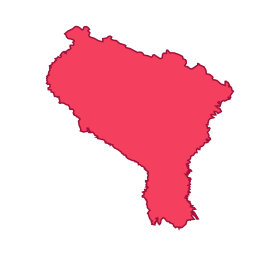 the district of Montenegro, Quindío, Colombia, rotated 106°
{"feature_id": "7082276B37489805673697", "entity_name": "Montenegro", "entity_type": "district", "adm_level": 2, "iso_a3": "COL", "parent_name": "Colombia", "parent_adm1": "Quindío", "projection": "equal_earth", "projection_center": [-75.789, 4.516], "detail": "fine", "context": "isolated", "style": "filled", "palette": "rose", "viewbox_px": 256, "rotation_deg": 106, "n_neighbors": 0, "source": "geoboundaries", "source_scale": "gbopen_adm2", "svg_char_len": 5702}
<svg xmlns="http://www.w3.org/2000/svg" viewBox="0 0 256 256"><g transform="rotate(106 128 128)"><path d="M196.0,35.4L190.6,41.2L190.4,43.3L188.4,43.2L187.4,40.8L186.3,42.6L186.4,45.9L184.9,44.6L184.9,46.7L183.6,46.9L182.8,48.8L182.3,47.9L181.9,48.0L181.5,49.4L181.6,51.1L180.8,51.6L179.7,51.3L179.4,52.0L179.7,53.2L179.4,53.8L178.0,52.1L178.0,53.7L177.5,53.7L177.0,53.2L177.2,52.2L176.1,52.4L175.5,51.2L173.4,52.4L173.2,50.8L172.8,50.5L172.4,50.9L172.4,52.6L171.6,52.6L169.8,51.5L169.1,53.0L167.5,52.2L166.9,52.7L166.5,54.4L165.0,52.6L163.9,53.9L162.3,53.5L161.5,54.9L160.2,55.4L160.8,53.7L160.0,53.4L159.0,54.1L159.1,57.1L157.8,57.9L156.7,60.0L156.3,57.4L155.9,57.5L155.7,58.8L154.3,59.0L154.2,58.2L154.8,57.2L154.4,56.6L153.5,56.6L152.7,58.4L152.2,58.2L151.9,57.0L152.2,55.5L151.9,55.1L151.0,56.2L150.4,59.2L149.7,59.4L148.8,58.4L149.2,59.9L148.9,60.3L148.1,59.3L147.2,59.2L146.8,60.0L147.4,61.4L146.6,61.9L144.1,58.9L143.1,59.3L142.6,61.4L140.5,59.5L137.8,59.8L135.8,57.5L133.2,56.7L132.6,54.9L130.4,56.1L129.0,56.1L128.5,55.5L129.2,54.5L129.0,53.1L126.2,53.4L125.0,51.6L123.7,50.6L121.1,50.4L120.6,48.7L119.7,47.3L118.7,47.5L117.8,49.6L117.2,49.6L116.9,48.2L118.1,46.7L116.0,45.6L115.2,46.1L114.6,48.0L112.5,48.3L110.2,50.5L108.2,49.5L105.7,49.2L105.3,50.0L106.3,51.5L104.7,52.2L103.4,53.5L102.6,52.0L101.4,52.6L100.1,52.3L98.8,52.7L96.3,51.7L94.4,48.4L93.4,51.1L92.4,51.9L91.9,51.2L91.7,48.5L91.2,47.1L90.4,47.5L89.4,49.2L88.3,49.7L88.1,47.1L89.2,45.5L86.4,42.8L84.2,44.8L84.0,46.6L82.7,49.7L81.7,47.3L82.3,46.0L81.5,45.5L80.3,45.5L78.9,48.5L78.1,48.5L77.7,47.8L78.7,45.5L77.0,45.4L76.0,44.6L75.1,43.3L75.4,42.3L73.7,40.7L71.9,37.9L71.4,38.0L71.4,39.7L70.9,40.0L70.2,37.8L68.6,38.6L63.6,36.8L63.1,38.5L60.8,39.6L60.1,40.7L60.5,42.6L59.8,43.0L59.0,42.1L57.0,44.0L56.0,46.7L56.5,47.5L60.3,46.4L60.1,50.9L58.0,55.1L57.8,57.2L58.2,59.5L57.2,60.5L55.9,60.4L55.3,61.0L54.0,64.4L54.4,67.6L50.9,69.1L48.3,71.8L47.7,76.2L46.7,77.8L46.9,78.7L48.3,78.3L53.7,82.9L53.8,85.0L52.6,87.6L53.0,89.8L52.3,90.7L49.8,89.8L47.2,90.7L46.7,91.4L46.2,94.3L44.6,95.0L44.1,95.7L43.4,99.6L43.1,104.2L44.2,108.4L42.3,111.3L42.7,112.3L45.7,111.8L46.2,114.2L46.7,114.7L48.0,115.0L51.1,114.5L52.2,115.6L52.4,116.8L50.4,123.0L50.9,124.0L53.3,124.6L53.5,125.1L53.1,129.2L53.6,132.8L52.0,134.6L51.6,135.8L51.9,137.9L52.8,139.7L51.1,147.9L51.3,152.1L50.4,153.1L49.5,152.8L49.2,153.5L49.0,159.7L47.2,163.1L47.7,166.2L47.4,168.5L46.7,168.9L45.1,168.7L44.6,170.2L45.3,171.8L47.6,173.5L49.1,176.9L51.7,175.9L52.3,178.2L52.2,180.6L51.0,185.9L51.1,188.4L50.7,190.5L49.4,191.2L46.9,190.9L45.6,193.4L43.8,192.2L42.4,194.3L42.1,196.0L42.6,197.5L43.5,198.3L45.5,198.2L46.3,199.0L44.6,203.2L44.6,205.4L45.1,206.7L47.8,208.4L51.6,212.6L54.9,214.8L55.9,212.8L57.3,212.3L58.5,210.2L58.1,206.6L58.7,203.8L59.7,203.6L60.8,204.7L61.7,203.5L63.2,203.1L63.6,203.6L64.4,206.3L65.8,206.2L67.1,204.9L68.9,205.9L69.0,206.8L71.1,208.2L71.8,209.1L72.7,208.1L73.3,208.1L73.4,209.1L72.2,210.6L73.6,212.0L76.8,213.2L77.3,211.9L78.4,212.1L78.9,212.7L78.8,214.8L80.6,215.6L81.4,217.1L82.7,215.6L83.8,216.7L85.1,216.7L86.5,218.9L87.9,218.3L89.9,220.6L90.6,220.2L90.5,218.9L90.8,218.6L92.1,219.8L93.8,219.0L95.8,219.6L98.7,219.3L98.7,218.5L99.1,218.5L99.5,219.5L100.8,220.3L101.4,219.3L102.7,219.9L103.8,219.1L104.8,219.1L106.0,217.8L107.4,218.7L108.2,217.1L107.4,215.8L107.8,214.9L110.3,214.4L111.5,215.8L113.1,215.2L112.6,212.6L114.5,211.8L114.4,209.4L117.8,207.4L117.5,206.1L117.8,204.4L116.9,203.4L117.1,202.7L118.7,202.5L120.8,200.8L122.5,201.3L122.9,200.8L123.0,200.1L122.1,198.8L121.8,196.3L122.6,193.9L122.4,191.6L124.3,189.7L125.8,189.4L125.9,188.0L125.2,186.9L125.6,185.6L126.7,184.6L128.7,184.8L129.2,183.8L130.0,183.9L130.5,183.0L130.6,181.0L131.3,180.5L131.2,179.2L131.8,178.6L132.2,176.9L133.0,176.6L134.9,177.5L138.9,175.6L142.3,172.9L143.9,173.0L144.1,169.6L142.2,166.1L141.0,165.8L139.6,167.3L139.2,166.8L139.2,165.8L140.9,164.7L141.5,163.6L142.8,164.8L143.1,164.5L142.8,162.9L141.8,160.7L142.7,159.0L143.9,158.1L144.4,155.0L145.2,154.6L145.6,155.4L145.7,154.1L146.4,154.1L146.0,148.3L146.5,147.0L148.5,145.6L147.8,144.8L148.5,144.0L148.1,142.6L148.8,141.8L148.2,140.7L149.3,140.3L148.6,139.9L148.4,138.1L149.2,138.1L150.7,135.9L151.4,132.1L152.7,128.4L154.1,126.7L154.2,125.4L155.0,124.8L154.8,122.6L155.3,121.9L156.2,122.0L157.4,119.7L158.0,114.6L157.7,112.4L158.5,111.9L158.1,110.6L158.7,109.4L158.6,108.5L160.4,107.9L159.9,106.2L161.0,104.1L160.8,103.2L161.1,102.1L162.0,100.8L162.7,101.0L163.2,100.0L162.9,99.6L163.6,99.2L164.6,96.5L165.4,96.2L165.9,96.7L166.0,96.2L166.7,96.3L168.4,95.2L169.8,95.7L172.7,94.3L173.2,94.9L173.8,94.8L173.6,96.3L174.2,96.5L176.6,94.5L177.7,95.0L178.5,94.0L179.6,94.5L179.2,93.0L179.7,92.3L180.6,93.2L181.8,93.3L182.5,95.0L183.0,94.7L183.3,93.5L183.9,93.5L184.1,94.4L184.9,94.5L185.1,95.7L185.6,96.2L186.3,94.5L188.0,94.3L189.1,95.5L190.1,95.4L190.4,95.0L190.0,93.9L190.6,92.4L191.5,91.8L192.1,90.3L192.7,90.4L193.4,89.2L196.3,89.1L197.2,88.0L199.2,87.4L201.2,84.2L201.9,84.8L204.7,85.7L205.1,84.8L208.8,82.3L210.2,80.7L210.8,79.1L211.9,79.8L212.9,78.6L213.9,78.6L213.6,75.5L212.9,75.8L212.1,75.4L211.5,76.0L210.9,75.3L210.2,75.5L210.0,74.9L209.0,74.8L207.7,75.1L207.2,76.1L206.2,74.9L207.1,74.3L209.7,74.1L210.6,72.7L211.4,72.5L212.0,71.4L211.5,71.4L211.1,70.5L207.3,70.9L204.4,69.5L205.1,67.4L206.8,65.3L207.0,63.8L206.7,62.4L207.6,61.7L207.8,58.3L209.6,57.0L210.7,54.9L209.7,54.1L209.4,52.9L209.8,51.7L210.4,51.3L209.3,51.3L208.8,50.8L209.4,49.8L208.5,48.5L204.5,45.9L200.6,45.8L199.2,43.3L199.4,42.7L198.8,42.5L197.5,39.3L194.9,42.8L194.2,43.0L193.4,41.9L192.9,41.8L191.2,44.6L191.5,42.2L193.7,40.7L194.8,38.3L196.2,37.3L196.5,36.5L196.0,35.4Z" fill="#f43f5e" stroke="#9f1239" stroke-width="1.5"/></g></svg>